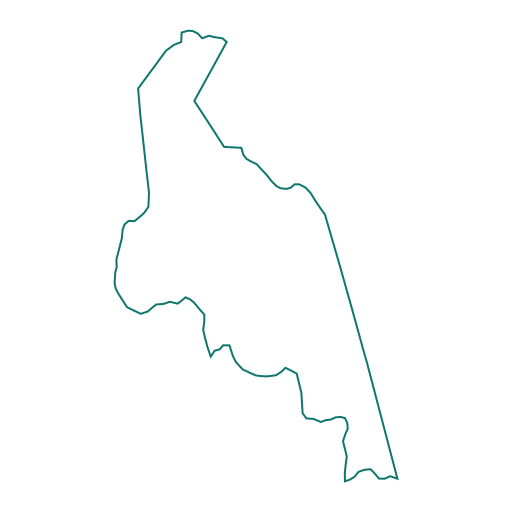 Capistrano, Ceará, Brazil
{"feature_id": "56859067B99249813136539", "entity_name": "Capistrano", "entity_type": "district", "adm_level": 2, "iso_a3": "BRA", "parent_name": "Brazil", "parent_adm1": "Ceará", "projection": "equal_earth", "projection_center": [-38.911, -4.467], "detail": "fine", "context": "isolated", "style": "outline", "palette": "teal", "viewbox_px": 512, "rotation_deg": 0, "n_neighbors": 0, "source": "geoboundaries", "source_scale": "gbopen_adm2", "svg_char_len": 1625}
<svg xmlns="http://www.w3.org/2000/svg" viewBox="0 0 512 512"><path d="M114.6,282.7L115.7,288.7L118.7,294.2L124.1,302.7L127.1,307.2L132.9,310.1L140.8,313.8L147.8,311.5L152.3,307.6L156.2,304.5L163.6,303.9L169.9,301.8L177.6,303.6L181.7,300.6L185.5,297.3L190.1,299.4L194.0,302.5L198.4,307.9L204.3,314.6L204.3,321.2L203.2,329.9L204.7,336.5L207.4,346.8L210.7,356.6L214.7,350.7L219.8,349.3L223.1,345.3L229.4,345.3L232.9,356.0L235.9,362.1L242.7,369.4L250.2,373.0L256.0,375.5L260.5,376.0L266.0,376.4L270.4,376.0L276.1,375.2L281.5,371.7L285.4,367.8L290.3,370.2L296.7,373.6L301.4,393.1L302.6,413.2L306.2,418.3L313.7,419.0L321.0,422.0L325.4,420.2L330.7,419.6L335.5,417.4L340.5,416.9L345.0,418.1L347.3,423.2L347.7,428.8L345.3,434.2L343.0,441.2L346.8,456.4L345.7,464.3L344.8,473.7L345.0,481.3L349.7,479.7L354.5,476.8L358.4,471.9L364.2,469.8L370.5,469.2L374.4,473.1L379.0,478.6L384.8,478.7L390.1,476.2L397.4,478.7L366.9,362.4L363.8,351.7L351.8,308.2L339.1,263.2L324.9,214.4L320.6,208.5L315.7,201.3L310.9,193.4L305.7,187.7L299.2,184.3L294.6,184.3L290.8,187.7L286.5,188.9L280.7,188.3L276.6,186.2L271.4,181.0L266.7,174.9L261.5,169.5L256.7,164.2L251.1,161.5L246.6,159.0L243.4,154.9L241.3,147.8L224.1,146.9L208.6,122.9L194.3,100.9L226.7,42.0L222.4,38.3L215.9,37.4L208.8,35.8L202.2,38.3L197.6,33.4L192.7,31.0L188.0,30.7L181.7,32.5L181.2,42.0L173.8,44.9L165.9,50.8L155.5,65.0L138.1,88.5L140.3,115.0L142.6,135.4L146.2,168.5L149.0,192.6L148.4,206.8L144.4,212.6L140.9,215.9L134.5,221.1L128.6,220.9L124.5,224.5L122.6,229.9L121.9,237.9L119.8,246.4L116.4,259.4L116.7,267.0L115.3,272.3L114.6,282.7Z" fill="none" stroke="#0f766e" stroke-width="2"/></svg>